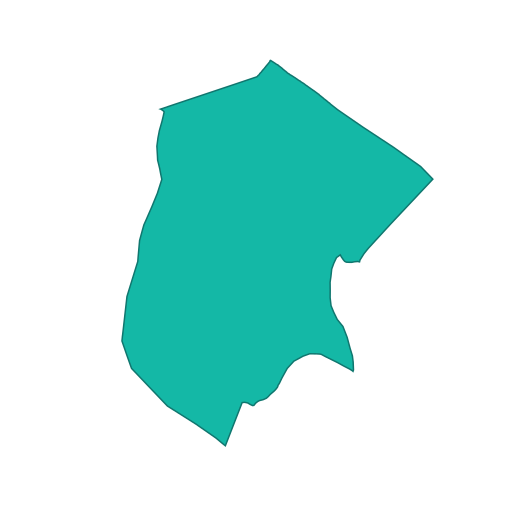 outline of Paix Bouche, Castries, Saint Lucia, rotated 110°
{"feature_id": "8701671B69138058153877", "entity_name": "Paix Bouche", "entity_type": "district", "adm_level": 2, "iso_a3": "LCA", "parent_name": "Saint Lucia", "parent_adm1": "Castries", "projection": "robinson", "projection_center": [-60.942, 14.018], "detail": "fine", "context": "isolated", "style": "filled", "palette": "teal", "viewbox_px": 512, "rotation_deg": 110, "n_neighbors": 0, "source": "geoboundaries", "source_scale": "gbopen_adm2", "svg_char_len": 3303}
<svg xmlns="http://www.w3.org/2000/svg" viewBox="0 0 512 512"><g transform="rotate(110 256 256)"><path d="M123.3,116.1L115.6,131.9L110.0,152.5L106.9,163.6L98.3,199.8L92.3,222.9L90.6,229.4L87.8,237.9L87.3,238.9L87.1,239.4L87.0,239.9L86.9,240.5L86.6,241.2L86.3,241.7L86.2,242.3L85.9,243.0L85.8,243.6L85.6,243.8L85.5,244.3L85.3,244.9L85.2,245.2L85.1,245.8L84.7,246.5L84.4,247.4L84.2,248.0L84.1,248.3L84.0,248.6L83.8,249.2L83.5,250.0L83.4,250.4L83.3,250.8L83.1,251.3L82.9,251.8L82.6,252.1L82.5,252.9L82.2,253.7L82.1,254.1L81.9,254.9L81.6,255.8L81.5,256.2L81.2,257.2L81.1,257.5L80.8,258.5L80.7,259.4L80.5,259.7L80.4,260.2L80.3,260.8L80.2,261.1L80.1,261.4L79.9,261.9L79.7,262.8L79.5,263.6L79.2,264.6L79.0,265.4L78.9,265.8L78.6,266.5L78.5,267.4L78.4,267.8L78.1,268.6L77.9,269.1L77.8,269.5L77.5,270.5L77.4,271.1L77.3,271.8L76.8,273.8L76.5,274.4L76.4,275.6L76.2,276.4L76.0,277.1L76.0,277.4L75.8,277.8L75.6,278.4L75.6,278.8L75.3,279.7L75.1,280.5L75.0,281.1L74.8,281.9L74.6,282.8L74.3,284.1L74.1,285.1L74.1,285.7L73.9,286.2L73.9,286.5L73.6,287.1L73.5,287.4L73.5,288.1L73.3,288.6L73.3,289.1L73.0,289.6L72.7,290.1L72.7,290.4L72.3,291.2L72.2,291.6L72.1,292.1L72.0,292.4L71.8,292.9L71.3,294.2L71.3,294.7L71.0,295.0L70.8,295.4L70.1,297.5L70.0,297.9L69.9,298.3L69.7,298.8L69.4,299.9L69.2,300.1L69.1,300.5L69.1,300.9L68.9,301.1L68.9,301.5L68.9,302.1L68.8,302.5L68.7,302.9L68.6,303.3L68.4,303.9L68.3,304.4L68.2,304.9L67.9,306.1L67.9,306.4L67.7,306.8L67.6,307.6L67.5,308.1L67.2,309.1L67.3,309.4L67.9,309.6L68.5,309.5L68.9,309.5L69.5,309.8L70.1,310.0L70.8,310.2L71.0,310.3L71.6,310.5L72.2,310.8L73.0,311.0L73.8,311.3L74.4,311.6L74.7,311.7L75.2,311.7L75.7,312.0L76.8,312.3L77.3,312.5L77.8,312.7L78.5,313.1L79.0,313.1L79.3,313.2L80.0,313.6L80.6,313.7L81.6,314.0L81.9,314.2L82.8,314.6L83.1,314.8L83.6,314.9L84.2,315.0L84.8,315.2L85.1,315.4L85.4,315.6L85.8,315.8L86.3,316.0L87.1,316.3L87.5,316.7L102.2,335.1L123.2,361.5L142.2,385.4L150.6,395.9L150.6,395.5L150.7,394.9L150.9,394.4L151.0,394.0L151.2,393.2L151.4,392.6L151.6,392.2L152.0,391.6L156.2,391.0L161.5,390.4L171.1,389.7L178.6,388.5L186.7,386.7L196.0,382.7L199.6,381.2L203.0,378.9L207.1,376.2L211.7,373.5L216.2,370.7L229.0,370.2L230.7,370.1L232.8,370.2L245.2,370.7L259.5,371.6L265.1,372.0L270.4,371.6L281.2,370.7L297.7,366.3L301.6,365.2L308.0,364.9L338.2,363.4L342.7,362.3L375.1,354.5L377.0,354.1L381.7,352.9L393.9,343.0L404.2,334.5L427.3,287.9L434.8,253.6L435.1,252.7L440.7,231.5L443.6,223.5L444.8,219.9L398.5,218.9L397.4,216.7L396.9,213.6L397.5,210.5L397.7,208.0L397.1,206.9L394.4,206.0L392.1,204.6L390.6,203.2L388.6,200.2L386.1,197.6L383.9,196.4L381.2,195.3L377.0,192.9L375.3,192.1L373.7,191.5L371.9,191.0L371.2,190.9L370.6,191.1L369.7,191.0L367.7,190.5L361.7,189.9L350.9,188.2L341.8,184.4L334.0,177.5L329.5,172.1L327.2,165.5L326.2,162.1L326.1,160.9L326.8,156.1L328.2,143.5L329.4,135.7L330.2,129.3L331.0,125.8L331.2,125.4L329.8,125.4L322.5,128.4L316.8,131.3L310.6,136.0L301.3,142.5L292.5,150.2L287.9,157.9L282.2,163.8L277.0,168.5L269.8,172.1L263.0,174.5L255.3,177.4L249.6,178.6L242.3,180.4L236.1,180.4L229.9,179.8L226.1,177.2L227.8,175.3L228.4,174.4L229.7,172.6L230.7,170.8L230.9,169.1L230.1,166.4L229.2,163.9L227.7,161.4L226.4,158.6L226.1,156.7L224.2,156.9L216.8,155.3L210.4,153.1L179.8,140.4L123.3,116.1Z" fill="#14b8a6" stroke="#0f766e" stroke-width="1.5"/></g></svg>